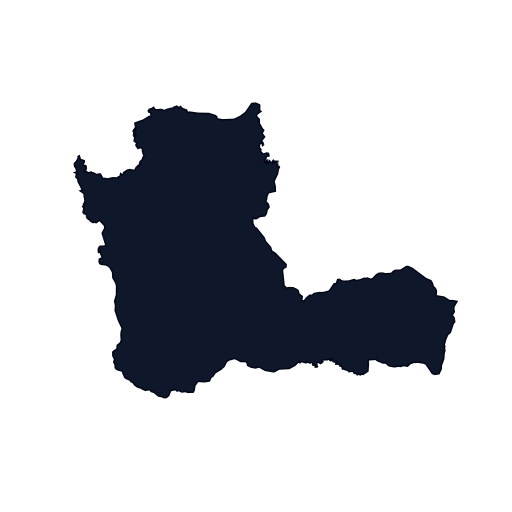 Maros, Sulawesi Selatan, Indonesia, rotated 69°
{"feature_id": "22746128B73491405172020", "entity_name": "Maros", "entity_type": "district", "adm_level": 2, "iso_a3": "IDN", "parent_name": "Indonesia", "parent_adm1": "Sulawesi Selatan", "projection": "orthographic", "projection_center": [119.695, -4.965], "detail": "fine", "context": "isolated", "style": "filled", "palette": "ink", "viewbox_px": 512, "rotation_deg": 69, "n_neighbors": 0, "source": "geoboundaries", "source_scale": "gbopen_adm2", "svg_char_len": 6112}
<svg xmlns="http://www.w3.org/2000/svg" viewBox="0 0 512 512"><g transform="rotate(69 256 256)"><path d="M316.2,147.2L316.6,150.2L318.9,155.0L318.8,157.5L316.4,160.0L316.7,160.9L315.6,162.7L315.5,168.6L315.0,169.2L315.5,170.5L313.1,172.8L312.7,178.2L311.0,183.3L309.9,184.9L307.6,186.6L307.3,188.3L310.5,190.8L310.0,193.1L314.6,199.7L314.9,201.2L314.3,206.4L312.9,209.9L311.8,215.2L312.9,217.5L311.9,220.0L313.4,224.2L315.4,227.4L313.6,229.2L310.3,227.3L306.7,229.5L303.5,229.1L302.0,229.9L298.9,232.8L297.1,237.3L297.1,238.9L293.7,240.4L278.7,236.4L277.3,234.7L277.2,232.2L274.7,230.9L260.3,237.1L256.9,239.6L253.1,239.3L245.9,241.9L241.9,241.9L230.2,245.6L228.6,247.0L224.3,247.3L220.5,245.9L219.4,244.6L220.5,244.1L221.3,242.6L220.5,238.1L221.7,233.6L220.3,231.3L217.0,229.2L215.0,226.3L212.0,226.0L208.5,227.4L206.3,225.4L205.0,225.1L201.4,221.8L202.4,214.7L198.0,213.2L192.7,212.4L186.9,206.4L183.0,204.1L181.4,202.3L180.6,202.5L180.8,203.3L180.2,203.1L179.5,203.8L178.1,202.8L177.7,203.6L176.6,203.3L175.7,203.8L175.8,201.7L175.4,201.7L174.5,204.0L175.3,205.3L174.3,206.3L173.5,205.2L172.8,205.5L173.5,206.6L175.8,206.7L176.0,207.2L171.6,209.5L173.3,210.5L173.5,211.7L170.4,211.4L170.9,212.8L172.5,213.3L171.7,214.5L169.5,213.9L169.0,212.4L166.7,210.4L167.3,208.1L164.7,207.6L163.7,209.0L163.5,212.8L159.9,214.3L158.3,213.2L155.9,214.1L152.8,212.5L152.5,210.5L153.3,209.9L155.2,210.3L154.8,209.1L152.9,208.9L150.3,209.5L147.9,205.3L143.6,206.4L141.3,203.7L139.6,204.5L133.4,205.4L129.5,204.0L126.7,205.2L124.5,205.3L123.1,201.4L122.9,199.6L121.3,200.4L116.3,198.5L114.5,200.1L113.2,201.6L112.1,205.3L118.2,214.2L120.0,220.4L120.6,227.4L116.9,238.4L114.3,242.7L113.6,243.2L112.1,242.7L110.4,243.6L106.1,248.9L102.0,259.0L97.6,266.9L98.1,268.1L96.8,268.8L96.0,268.4L94.8,268.6L92.0,271.8L89.3,273.0L90.2,275.5L88.5,275.6L87.6,276.5L87.9,277.7L87.5,278.9L88.2,279.5L87.2,286.3L87.4,289.7L85.4,291.5L83.7,297.1L82.5,297.9L80.5,298.3L81.0,300.3L80.8,303.0L81.9,304.6L83.0,304.6L84.6,303.0L88.3,303.8L87.4,305.4L88.7,312.6L88.5,321.4L90.9,322.0L93.1,321.7L93.1,323.1L94.0,323.9L94.4,322.9L95.1,323.0L94.3,324.9L95.4,326.0L96.1,325.6L95.8,324.3L97.3,325.0L97.3,326.0L98.9,326.8L98.6,325.8L99.7,325.7L99.7,324.6L100.2,324.4L100.9,325.1L100.3,325.8L100.6,327.0L102.1,326.7L105.0,328.6L107.2,327.1L109.1,327.3L109.2,328.3L110.1,328.4L113.3,327.6L113.3,325.2L114.9,323.6L117.9,324.5L123.0,324.8L123.2,326.1L125.3,327.6L126.3,330.3L128.1,331.6L128.9,331.4L129.5,334.3L130.5,334.6L130.1,335.8L132.4,338.3L132.1,339.7L130.1,342.8L129.7,345.4L130.7,349.7L132.1,350.3L131.8,352.2L130.6,352.8L132.9,354.4L132.8,356.1L133.4,357.8L131.7,361.5L130.8,367.4L129.5,369.0L128.7,371.3L124.2,371.8L123.4,372.3L122.9,375.6L120.0,378.2L118.9,380.2L118.5,380.0L118.3,382.8L117.7,383.1L117.5,384.0L116.4,383.9L116.3,384.9L115.2,385.0L113.6,383.1L111.2,382.4L110.1,383.2L109.3,385.6L106.6,382.5L105.4,382.2L103.0,385.3L99.1,385.1L99.4,386.5L100.7,386.7L103.3,389.7L104.6,392.5L107.4,393.2L109.2,392.6L113.1,393.0L113.2,395.3L114.4,393.8L117.7,395.9L120.0,394.8L123.2,395.4L129.8,394.6L132.3,394.9L132.2,396.8L135.9,394.2L140.1,395.3L141.3,395.0L141.6,395.5L143.0,395.7L144.3,396.9L146.0,397.4L145.6,398.3L147.0,398.9L147.7,400.1L149.4,399.4L153.4,401.9L154.2,401.3L154.9,401.4L155.3,400.5L157.3,399.4L158.5,399.2L158.8,400.1L159.5,399.5L160.3,400.1L161.1,399.2L161.7,399.3L162.5,398.4L163.5,398.2L163.9,397.5L164.5,397.8L166.5,396.0L166.4,394.8L167.6,393.3L166.6,389.2L173.4,386.5L175.9,387.2L179.5,391.4L192.4,392.3L192.4,394.2L191.0,398.3L192.3,400.2L194.0,401.2L196.3,401.7L196.5,400.9L195.5,399.5L198.4,400.2L201.9,400.0L202.6,400.6L202.7,403.3L205.3,404.6L207.3,404.4L208.2,403.6L210.5,399.3L212.7,397.3L215.2,396.3L219.8,395.7L225.1,397.4L231.2,396.5L234.0,396.9L242.2,400.1L247.6,404.2L251.7,404.8L256.5,407.0L266.9,407.5L275.7,406.8L278.5,409.0L281.7,410.5L286.3,411.8L288.5,413.9L289.7,417.6L293.1,419.2L293.8,423.1L294.5,424.2L298.0,425.4L301.7,425.0L304.1,426.8L306.9,426.5L309.9,427.4L311.3,427.1L312.8,425.8L315.8,421.8L317.6,422.2L322.3,422.0L323.8,421.1L326.6,418.2L328.4,417.8L330.3,416.1L332.9,415.5L335.7,413.7L338.0,410.9L337.9,409.9L339.0,410.1L341.7,407.5L342.7,403.1L344.9,402.4L346.7,400.1L351.7,397.3L353.6,394.3L355.4,392.5L356.0,390.4L355.0,387.5L351.9,384.7L351.1,384.7L351.8,379.1L353.8,378.1L353.8,376.4L356.4,373.9L357.1,370.7L358.9,368.4L360.6,363.4L359.5,362.1L355.1,359.5L352.2,355.2L354.9,349.3L356.0,344.2L353.3,341.8L352.8,339.4L350.4,336.0L349.2,329.4L347.6,325.3L344.0,321.4L343.4,318.5L343.9,313.2L344.9,311.6L349.0,308.1L351.1,303.1L352.2,302.6L355.2,303.0L357.9,300.5L360.3,296.7L360.7,292.8L366.1,288.3L370.1,281.6L370.6,280.3L369.8,274.9L372.9,265.3L372.0,258.7L369.8,253.9L370.8,253.9L371.4,253.3L370.8,251.5L373.7,247.5L373.3,246.1L375.4,243.8L375.1,242.2L376.2,241.3L377.2,241.8L377.4,241.0L378.4,241.8L379.1,240.1L380.9,240.5L381.5,239.1L381.3,238.3L378.2,238.1L377.3,237.1L377.9,235.6L379.6,234.2L378.7,231.4L377.1,232.0L377.2,229.8L378.4,226.7L378.3,225.0L380.4,224.0L380.3,223.3L379.1,222.9L379.0,221.8L381.1,222.3L382.8,221.3L383.2,220.5L382.7,218.9L383.1,218.6L385.5,220.3L386.8,217.2L389.0,217.0L389.4,215.5L392.6,215.7L393.0,214.3L394.4,213.3L395.1,211.7L397.4,210.6L398.2,206.7L400.8,206.3L401.7,204.3L403.2,204.1L402.9,202.3L404.4,201.4L404.0,200.3L404.9,198.5L403.6,192.8L396.7,189.6L395.5,189.5L393.2,188.0L395.5,181.0L396.9,180.5L401.3,175.9L402.5,173.1L406.1,171.3L409.0,166.6L409.9,162.6L411.1,160.1L411.0,157.8L413.2,154.0L411.7,150.6L411.8,147.0L413.2,142.8L416.0,137.9L417.8,136.1L428.8,133.5L430.5,131.7L431.5,127.4L428.0,123.7L424.5,122.1L419.4,117.7L414.3,115.3L411.9,113.5L409.4,113.1L408.2,112.1L406.6,112.3L401.7,108.7L398.1,105.2L397.0,102.0L389.7,96.0L388.7,94.1L384.8,93.2L382.1,94.0L381.4,93.8L379.1,90.9L376.0,90.3L374.0,89.1L370.4,84.6L368.1,88.5L367.1,91.3L361.7,95.3L357.8,101.9L357.1,102.0L353.4,100.1L350.6,100.2L348.0,101.4L344.6,101.1L341.7,101.6L337.9,105.5L323.5,114.6L320.5,117.6L319.7,119.1L321.1,126.2L319.3,131.0L319.5,133.3L320.4,134.8L320.6,136.6L319.0,141.6L317.4,143.9L316.2,147.2Z" fill="#0f172a" stroke="#020617" stroke-width="1.5"/></g></svg>